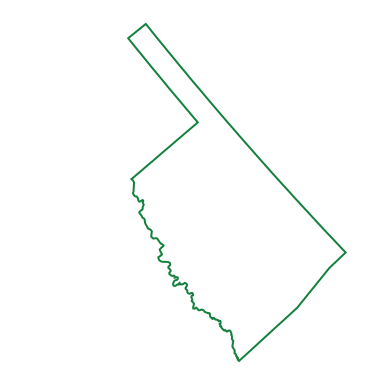 map outline of Oklahoma (Albers equal-area conic projection), rotated 48°
{"feature_id": "USA-3533", "entity_name": "Oklahoma", "entity_type": "State", "adm_level": 1, "iso_a3": "USA", "parent_name": "United States of America", "parent_adm1": "", "projection": "albers", "projection_center": [-97.37, 35.324], "detail": "fine", "context": "isolated", "style": "outline", "palette": "green", "viewbox_px": 384, "rotation_deg": 48, "n_neighbors": 0, "source": "natural_earth", "source_scale": "10m", "svg_char_len": 5563}
<svg xmlns="http://www.w3.org/2000/svg" viewBox="0 0 384 384"><g transform="rotate(48 192 192)"><path d="M35.0,136.5L35.3,130.8L35.6,125.2L35.9,119.5L36.2,113.9L40.7,114.1L45.2,114.4L49.6,114.6L54.1,114.9L58.6,115.1L63.0,115.3L67.5,115.5L71.0,115.7L80.3,116.1L88.7,116.5L97.1,116.8L105.4,117.2L113.8,117.5L122.2,117.7L130.5,118.0L138.9,118.3L147.3,118.5L155.6,118.7L164.0,118.9L172.4,119.0L180.7,119.2L189.1,119.3L197.5,119.4L205.8,119.5L214.2,119.6L222.6,119.6L231.0,119.7L239.3,119.7L247.7,119.7L256.1,119.6L264.4,119.6L272.8,119.5L281.2,119.4L289.5,119.3L297.9,119.2L306.3,119.1L314.7,118.9L323.0,118.7L331.4,118.5L339.8,118.3L339.9,124.0L340.1,129.6L340.2,135.3L340.4,141.0L341.4,147.2L342.4,153.5L343.4,159.8L344.4,166.1L345.4,172.4L346.4,178.7L347.4,185.0L348.4,191.2L348.5,201.1L348.6,211.0L348.6,220.8L348.7,230.7L348.8,240.5L348.9,250.4L349.0,260.3L349.0,270.1L348.8,270.1L347.9,270.1L347.2,269.7L347.2,270.0L345.4,269.5L344.8,269.2L345.0,268.8L344.2,268.7L343.3,268.9L343.0,268.5L342.5,268.3L342.0,268.1L341.5,268.0L341.2,268.1L340.8,268.3L340.5,268.3L340.3,268.3L340.0,267.9L339.3,267.5L338.7,266.5L338.1,266.3L337.7,266.2L336.7,266.0L334.2,265.6L332.8,264.2L332.2,263.3L332.0,263.0L331.6,262.7L331.3,262.6L331.1,262.3L330.9,261.6L330.8,261.4L330.6,261.2L330.3,261.0L330.0,260.9L328.7,260.9L328.1,260.7L327.5,260.3L326.3,259.1L325.6,258.7L324.4,258.4L324.2,258.2L324.1,257.8L323.9,257.6L323.4,257.3L320.9,256.5L320.3,256.6L319.6,257.2L319.4,257.9L319.4,258.7L319.2,259.2L318.7,259.0L318.5,259.3L318.2,259.5L317.9,259.7L317.5,259.9L317.1,259.7L316.8,259.7L316.7,260.1L316.7,260.4L316.6,260.6L316.4,260.7L316.2,260.9L315.9,260.9L312.7,260.9L312.3,260.9L312.1,260.6L311.8,260.4L311.5,260.3L311.2,260.3L310.8,260.6L310.6,260.7L310.4,260.3L310.3,260.1L309.1,260.1L308.6,259.8L308.9,259.2L308.6,258.5L308.2,258.1L307.7,257.9L307.2,257.5L306.7,257.3L306.3,257.7L305.8,258.6L305.5,258.6L304.9,258.3L303.9,258.9L303.5,259.0L303.1,259.3L302.7,259.6L302.5,259.9L302.1,259.9L301.6,259.9L300.3,259.9L300.1,260.2L300.2,261.5L299.8,261.8L299.6,261.7L299.4,261.5L299.2,261.2L298.9,261.3L298.6,261.5L298.4,261.8L297.4,262.0L296.9,261.9L294.8,260.6L294.4,260.2L294.0,260.1L293.5,260.3L293.1,260.8L293.0,261.1L292.7,261.1L292.1,261.4L291.4,261.9L290.2,262.5L289.6,262.6L287.7,262.6L287.3,262.7L286.6,263.1L286.2,263.2L285.8,263.5L285.2,265.1L284.8,265.7L284.1,266.2L283.4,266.2L281.8,266.1L280.8,266.2L280.6,266.6L280.6,267.3L280.4,268.3L279.4,269.0L278.2,268.0L277.1,266.3L276.3,265.2L275.6,265.1L273.0,265.2L272.7,265.1L272.6,264.7L272.5,264.3L272.4,264.0L272.2,263.8L271.3,263.4L269.8,262.9L269.3,262.4L269.2,262.2L269.0,261.8L269.0,261.6L269.0,261.3L269.5,260.5L269.4,260.2L269.0,259.9L268.1,259.5L267.6,259.4L267.2,259.4L267.0,259.5L266.9,259.7L266.6,260.1L266.1,261.5L265.9,261.9L265.8,262.1L265.6,262.2L265.3,262.4L265.0,262.5L264.2,262.6L263.8,262.5L263.5,262.5L263.3,262.4L262.3,261.6L261.9,261.4L261.6,261.4L260.3,261.6L259.9,261.6L259.6,261.5L259.5,261.3L259.0,260.9L258.8,260.5L258.6,260.0L258.3,258.8L258.2,258.3L258.0,258.1L257.7,257.9L257.2,257.7L256.9,257.6L256.5,257.6L255.2,257.9L254.8,258.1L254.6,258.4L254.6,259.0L254.5,260.1L253.9,261.3L253.4,262.1L252.5,262.3L251.2,262.0L251.2,262.7L251.5,263.0L251.8,263.2L252.0,263.7L251.8,264.0L251.1,264.4L250.9,264.9L250.8,266.2L250.5,267.4L249.8,268.1L248.6,268.2L247.7,267.6L247.0,266.6L246.5,265.4L246.3,264.3L246.4,263.5L247.1,262.4L247.3,261.6L247.2,261.1L246.9,260.6L246.5,260.1L246.0,259.8L245.8,259.9L245.3,260.1L245.1,260.3L245.0,260.5L244.8,260.8L244.2,262.0L244.0,262.3L243.0,261.4L242.5,261.2L241.9,261.6L241.8,261.8L241.6,262.2L241.5,262.4L241.3,262.6L240.9,262.9L240.7,263.0L240.4,263.3L240.0,263.4L237.6,263.6L237.0,263.2L236.7,262.1L236.6,261.2L236.3,260.6L235.8,260.3L234.9,260.1L232.5,260.3L232.0,259.9L231.6,259.1L231.7,257.4L231.3,256.7L229.9,255.9L228.4,256.4L227.1,257.5L223.9,260.8L222.4,261.7L220.7,261.9L219.1,261.4L218.3,260.9L217.9,260.5L218.0,259.8L218.1,259.5L218.2,259.1L218.4,258.1L218.4,257.7L218.2,257.2L218.4,256.7L218.3,256.2L218.1,255.9L217.7,255.9L216.3,255.5L214.5,255.1L213.1,254.4L213.0,252.9L212.8,251.9L213.0,250.5L213.0,249.3L212.4,248.8L211.5,249.0L209.7,249.6L208.6,249.7L203.6,249.0L202.6,249.3L202.0,249.9L201.5,250.8L201.0,251.5L200.8,251.9L199.9,252.1L198.0,252.1L197.4,251.7L196.2,250.2L195.7,249.9L195.5,249.7L194.9,248.6L194.5,248.3L193.2,248.0L192.8,248.0L191.9,248.2L189.4,249.2L189.0,248.9L184.3,247.8L183.5,247.5L180.7,245.6L179.9,245.4L179.3,245.6L178.7,245.8L177.9,245.9L177.1,245.8L175.7,245.3L175.0,245.2L173.2,245.3L172.4,245.1L171.7,244.6L171.6,243.8L171.6,241.4L171.7,240.8L171.9,240.5L171.2,239.7L170.1,238.6L169.8,237.9L169.5,237.1L169.2,236.4L168.4,236.1L167.7,236.0L167.3,235.9L167.0,235.8L166.7,235.4L166.6,235.1L166.5,234.8L166.3,234.5L165.6,234.0L165.1,234.0L164.7,234.5L164.4,236.7L164.1,237.4L163.5,237.7L162.6,237.6L161.9,237.2L160.4,236.4L158.6,236.1L158.3,236.2L158.0,236.4L157.5,236.9L157.3,237.1L156.6,237.3L154.3,237.0L153.6,236.8L153.2,236.3L152.5,235.1L146.3,228.9L146.0,228.6L145.1,228.5L144.8,228.3L144.2,228.1L142.5,228.3L141.9,228.3L142.0,227.9L142.0,225.8L142.1,220.6L142.3,215.4L142.4,210.3L142.5,205.1L142.7,200.0L142.8,194.8L142.9,189.7L143.0,184.5L143.2,179.4L143.3,174.2L143.4,169.1L143.6,163.9L143.7,158.8L143.8,153.6L144.0,148.5L144.1,143.3L144.1,141.1L143.7,141.1L141.8,141.0L140.6,141.0L137.2,140.9L131.9,140.7L125.1,140.5L117.0,140.2L108.0,139.9L98.3,139.6L88.3,139.1L78.4,138.7L68.7,138.3L59.7,137.8L51.6,137.4L44.8,137.1L39.6,136.8L36.2,136.6L35.0,136.5Z" fill="none" stroke="#15803d" stroke-width="2"/></g></svg>